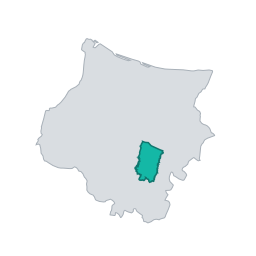 Worodougou, Worodougou, Ivory Coast shown in context, rotated 204°
{"feature_id": "98640826B81277132888560", "entity_name": "Worodougou", "entity_type": "district", "adm_level": 2, "iso_a3": "CIV", "parent_name": "Ivory Coast", "parent_adm1": "Worodougou", "projection": "mercator", "projection_center": [-6.759, 8.427], "detail": "fine", "context": "in_parent", "style": "filled", "palette": "teal", "viewbox_px": 256, "rotation_deg": 204, "n_neighbors": 0, "source": "geoboundaries", "source_scale": "gbopen_adm2", "svg_char_len": 7748}
<svg xmlns="http://www.w3.org/2000/svg" viewBox="0 0 256 256"><g transform="rotate(204 128 128)"><path d="M62.3,56.7L63.1,56.7L65.2,56.1L67.1,54.7L68.8,51.8L71.2,49.4L73.9,49.6L74.7,49.2L75.6,49.1L76.7,50.6L77.9,51.8L78.7,51.8L79.2,54.0L84.1,55.0L86.2,55.6L88.0,57.2L88.6,57.2L89.3,56.9L89.9,56.3L90.0,55.7L89.3,54.2L89.6,52.9L90.4,51.8L91.6,51.7L93.5,51.4L95.7,51.4L97.3,51.6L97.9,50.4L97.3,47.1L97.5,45.3L97.8,43.8L98.4,43.2L100.8,45.1L103.0,45.8L104.6,45.8L105.0,45.5L104.3,43.4L104.5,42.7L105.1,42.4L106.1,42.2L109.0,41.3L109.2,41.5L109.8,44.8L109.5,45.9L110.1,48.1L110.9,50.2L110.8,51.0L110.2,52.3L109.5,53.5L109.6,54.0L110.7,54.8L112.8,55.6L115.1,55.8L116.3,54.6L117.6,53.6L118.5,52.7L118.8,51.4L120.2,50.5L124.2,49.3L127.9,49.1L128.8,49.5L130.5,51.3L132.6,52.5L135.9,52.4L138.2,53.1L140.3,54.5L141.6,57.6L143.1,59.9L143.8,63.1L146.1,64.7L148.0,65.5L150.5,67.8L153.0,69.0L155.7,68.7L157.0,69.9L159.0,70.8L161.0,70.8L162.7,68.2L165.0,67.1L170.9,65.0L173.2,64.0L175.6,63.4L181.2,63.2L186.5,63.9L189.1,64.4L190.9,64.0L192.5,65.3L194.3,67.9L195.7,68.8L197.2,69.7L198.3,71.8L199.5,73.9L200.2,74.8L201.8,76.8L203.2,76.9L204.5,76.0L205.1,75.3L205.3,76.7L204.8,78.9L204.9,80.2L205.7,80.8L205.3,82.5L203.7,85.5L203.7,87.2L205.2,87.8L206.3,89.7L207.0,92.9L207.7,93.9L207.7,94.6L208.8,102.3L210.2,110.1L209.3,111.1L208.1,111.4L207.3,111.7L207.1,112.4L207.6,113.5L207.3,114.5L205.8,115.1L202.5,117.6L202.3,118.6L201.5,120.7L200.7,121.9L199.7,124.3L198.0,130.6L197.4,135.8L197.3,137.4L196.6,138.5L195.9,140.1L192.3,144.5L190.5,148.2L190.8,149.7L190.8,151.3L190.3,152.5L190.4,155.5L190.8,158.1L191.5,160.6L194.0,167.7L195.4,172.1L196.2,175.6L196.9,177.9L197.6,178.8L197.9,179.7L201.7,180.4L202.4,180.9L203.5,185.4L203.3,187.5L202.5,188.3L202.6,190.0L202.4,192.2L201.8,193.0L199.7,193.1L198.3,193.9L196.4,193.6L196.2,193.1L195.2,192.9L192.3,191.7L192.8,187.7L191.5,187.6L190.5,188.1L188.5,192.8L187.5,193.6L173.4,191.2L170.3,189.2L166.7,188.8L160.3,189.0L155.0,189.6L153.5,190.8L166.8,190.1L168.2,190.2L168.9,190.9L152.1,192.5L145.7,193.4L143.8,193.2L142.3,191.6L135.3,191.5L133.9,192.0L133.0,193.1L135.8,192.8L140.1,192.8L141.3,193.6L127.7,194.7L118.3,196.9L114.3,198.4L101.2,203.6L93.2,206.0L91.1,206.9L87.5,209.5L82.8,211.1L77.5,214.0L74.3,214.7L73.6,213.8L73.5,208.7L73.1,202.0L73.3,199.4L73.7,197.0L73.7,195.0L75.3,194.2L75.7,193.4L76.0,190.8L77.4,188.4L77.5,184.2L77.9,183.3L78.3,182.2L77.6,179.5L76.8,174.4L76.4,174.0L76.0,174.3L75.2,174.4L71.9,172.6L69.3,172.3L67.6,170.7L67.4,169.0L66.6,168.0L66.0,166.0L65.1,163.7L62.6,162.3L60.2,162.0L58.5,162.3L56.6,162.2L54.3,161.4L52.8,160.5L51.3,158.9L49.9,157.5L48.9,157.7L47.5,157.4L46.2,156.8L45.8,156.3L51.3,150.9L53.1,148.3L53.3,146.7L53.3,145.1L53.9,143.5L54.1,140.9L51.1,131.7L50.3,128.9L49.5,128.1L49.0,127.8L50.5,126.6L52.6,126.9L55.8,127.8L56.5,126.9L59.0,122.3L58.9,120.5L58.7,119.3L60.1,116.2L61.2,114.9L61.8,113.6L61.6,111.8L60.8,111.1L59.6,111.2L58.3,110.8L56.2,109.8L55.2,108.8L55.5,104.6L55.7,103.3L56.4,102.6L57.5,102.4L60.7,102.2L63.3,102.7L65.6,103.0L66.8,103.0L67.8,104.2L69.1,105.5L70.3,105.5L70.7,104.6L70.4,100.4L69.6,98.2L67.9,96.1L63.4,94.3L63.3,91.8L63.7,89.0L64.7,88.0L68.1,86.3L67.5,85.3L66.4,84.3L64.3,83.3L64.8,80.0L64.9,77.1L63.1,77.4L61.2,77.6L59.7,76.7L58.4,74.9L58.1,70.0L58.1,64.4L57.9,61.9L58.4,60.5L60.0,59.3L61.7,57.7L62.3,56.7ZM194.5,193.7L193.8,194.8L190.2,194.1L191.1,193.2L194.5,193.7Z" fill="#d9dde1" stroke="#a8b0b8" stroke-width="1"/><path d="M87.2,116.1L87.2,116.3L87.0,116.5L87.0,116.8L87.2,117.3L87.1,117.8L86.9,117.9L86.7,118.0L86.4,118.3L86.3,118.7L86.2,118.9L85.9,119.0L85.8,119.3L85.9,119.7L86.1,119.6L86.6,119.6L86.8,119.7L86.9,119.8L87.0,119.9L86.9,120.1L87.0,120.3L87.0,120.8L86.8,121.0L86.9,121.3L87.7,121.3L89.1,121.1L99.3,121.2L99.9,121.3L103.5,122.9L106.1,122.0L107.0,121.8L109.0,121.7L108.9,121.6L109.1,121.3L109.0,120.8L109.1,120.6L109.0,120.1L109.0,119.8L109.1,119.6L109.1,119.0L109.3,118.6L109.1,118.0L109.0,117.5L109.1,117.1L109.4,116.7L109.5,116.4L109.3,116.3L108.7,115.6L108.3,115.6L108.1,115.3L108.0,115.0L108.0,114.8L107.9,114.6L107.9,114.1L107.7,112.6L107.7,112.1L107.5,111.1L107.5,110.6L107.1,109.7L106.8,109.4L106.7,108.9L106.7,108.6L106.6,108.1L106.7,107.8L106.7,107.3L106.7,106.8L106.6,106.4L106.7,106.0L106.4,105.9L106.5,105.8L106.6,105.7L106.8,105.5L106.5,105.5L106.2,105.4L106.5,105.1L106.2,104.5L105.6,104.3L105.2,104.3L104.9,104.4L104.9,104.0L104.8,103.9L104.9,103.7L104.4,103.4L104.5,103.1L104.5,102.9L104.4,102.6L103.8,102.5L103.7,102.4L103.6,102.2L103.8,101.9L104.0,101.7L104.1,101.8L104.2,102.0L104.3,102.1L104.4,101.8L104.6,101.8L104.7,101.4L104.4,101.1L104.4,100.6L104.3,100.2L104.1,100.2L104.1,100.4L103.9,100.2L104.0,100.0L104.3,99.9L104.1,99.7L104.4,99.4L104.1,99.0L104.2,98.7L103.7,99.0L103.4,99.1L103.4,98.8L103.5,98.7L103.8,98.5L104.1,98.4L104.1,98.0L103.8,97.8L103.9,97.6L103.6,97.4L103.5,97.5L103.4,97.6L103.4,97.4L103.3,97.2L103.7,97.3L103.9,97.1L104.1,97.1L104.1,96.9L103.6,96.8L103.6,96.7L103.8,96.2L104.0,96.2L104.0,96.4L104.1,96.5L104.2,96.3L104.2,96.1L104.3,96.1L104.4,96.4L104.6,96.3L104.8,96.4L104.8,96.2L104.5,96.2L104.8,96.0L104.9,95.7L104.9,95.2L105.3,95.0L105.3,94.9L105.0,94.8L105.0,94.7L105.3,94.4L105.2,94.1L104.8,93.9L104.8,93.7L104.6,93.5L104.3,93.5L104.2,93.9L104.0,94.1L103.9,94.0L103.8,93.9L103.6,93.8L103.6,93.7L103.4,93.4L103.1,93.4L103.3,93.2L103.5,93.4L103.6,93.0L103.5,92.9L103.3,92.7L103.2,92.3L103.0,92.5L103.0,92.3L102.5,91.8L102.0,91.7L101.8,91.4L101.5,91.5L101.4,91.4L101.2,91.2L101.0,90.9L101.2,90.7L101.1,90.4L101.0,90.2L100.8,90.2L100.7,90.0L100.4,90.5L100.3,90.4L100.3,90.2L99.7,90.4L99.6,90.5L99.3,90.7L99.2,90.6L99.2,90.4L98.7,90.2L98.6,90.4L98.4,90.3L98.2,90.2L98.0,90.4L98.0,90.5L97.9,90.6L97.7,90.7L97.4,90.7L97.3,90.3L97.1,90.3L97.2,90.0L97.1,89.7L96.8,89.5L96.9,89.3L97.0,89.3L97.2,89.1L97.3,89.2L97.2,89.0L97.0,88.9L97.0,88.7L96.9,88.5L97.0,88.3L96.9,88.1L97.2,87.5L97.2,87.2L97.1,86.8L97.1,86.3L97.2,85.8L97.0,85.6L96.9,85.6L96.6,85.3L96.2,85.2L95.6,85.2L95.3,85.6L94.8,85.6L94.4,85.8L94.3,86.0L94.0,86.1L93.8,86.4L93.5,86.6L93.1,86.4L92.8,86.4L92.5,86.4L92.0,86.6L91.8,87.0L91.7,87.5L91.8,87.6L91.7,87.7L91.6,87.8L91.6,88.0L91.6,88.3L91.5,88.8L91.6,89.3L91.6,89.9L91.7,90.0L91.2,90.0L91.1,89.7L90.5,89.2L90.1,89.4L89.9,89.4L89.7,89.3L89.4,89.2L88.9,89.3L88.7,89.4L88.0,89.0L87.9,88.8L87.7,88.7L87.6,88.3L87.1,87.7L86.3,87.3L86.1,87.2L85.8,87.5L85.6,87.8L85.4,88.0L85.1,88.5L85.0,88.4L84.9,88.4L84.7,88.6L84.4,89.2L84.3,89.3L84.3,89.6L84.0,89.8L83.6,89.7L83.4,89.7L83.1,89.6L82.9,89.8L82.9,90.0L82.9,90.3L83.0,90.5L83.3,90.7L83.2,91.3L83.3,91.5L83.3,91.8L83.2,91.8L83.1,91.6L83.0,91.8L83.1,92.0L83.4,92.1L83.4,92.3L83.4,92.7L83.7,92.7L83.8,92.7L83.8,92.9L83.7,93.0L83.4,93.2L83.4,93.3L83.5,93.3L83.7,93.7L83.8,93.8L83.6,94.0L83.8,94.4L84.0,94.4L84.0,94.5L83.9,94.7L83.7,94.8L83.6,95.2L83.8,95.6L83.7,95.7L83.7,95.8L83.5,96.1L83.6,96.3L83.6,96.5L83.4,97.0L83.4,97.5L83.2,97.9L83.4,98.0L83.3,98.4L83.3,98.6L83.1,98.8L83.4,98.7L83.5,98.8L83.6,99.0L83.6,99.5L83.2,99.5L83.5,99.8L83.4,99.6L83.6,99.6L83.7,99.8L83.6,100.0L83.6,100.3L83.6,100.5L83.9,100.6L84.2,101.0L84.2,101.3L84.0,101.6L84.4,102.0L84.7,102.1L84.7,102.3L84.8,102.8L84.5,103.0L84.4,103.1L84.5,103.4L84.8,103.4L84.7,103.6L84.8,103.9L84.6,103.9L84.9,104.0L85.0,104.1L85.0,104.4L85.1,104.6L85.0,105.0L85.0,105.3L85.5,105.6L85.2,105.8L85.2,106.0L85.5,106.3L86.0,106.5L86.2,106.8L86.4,107.0L86.3,107.3L85.8,107.4L85.6,107.4L85.4,107.5L85.9,107.9L85.9,108.2L86.1,108.9L86.1,109.0L85.5,109.3L85.4,109.4L85.7,109.6L85.9,109.8L85.9,110.0L86.1,110.1L86.3,110.5L86.6,110.8L86.7,111.0L86.2,111.3L86.2,111.6L86.2,111.8L86.5,112.1L86.9,112.8L86.7,113.1L86.3,113.4L86.2,113.6L86.4,113.9L86.4,114.4L86.5,114.5L86.9,114.8L86.6,115.1L86.7,115.3L87.1,115.7L87.2,116.1Z" fill="#14b8a6" stroke="#0f766e" stroke-width="1.5"/></g></svg>